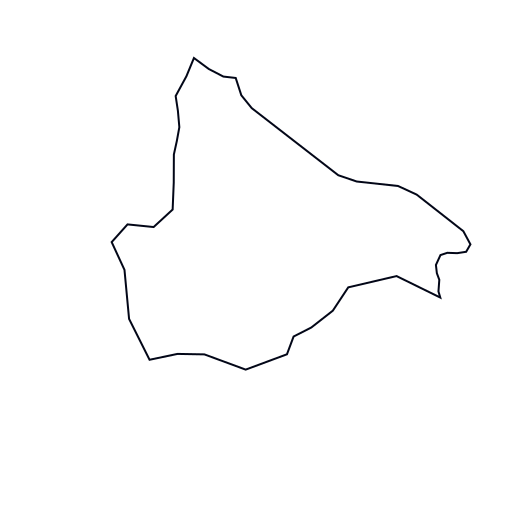 Peravia, Robinson projection, rotated 218°
{"feature_id": "DOM-1977", "entity_name": "Peravia", "entity_type": "Province", "adm_level": 1, "iso_a3": "DOM", "parent_name": "Dominican Republic", "parent_adm1": "", "projection": "robinson", "projection_center": [-70.38, 18.354], "detail": "fine", "context": "isolated", "style": "outline", "palette": "ink", "viewbox_px": 512, "rotation_deg": 218, "n_neighbors": 0, "source": "natural_earth", "source_scale": "10m", "svg_char_len": 700}
<svg xmlns="http://www.w3.org/2000/svg" viewBox="0 0 512 512"><g transform="rotate(218 256 256)"><path d="M426.8,373.8L408.2,374.3L392.2,377.3L381.6,383.8L366.5,373.6L350.4,369.9L240.9,370.3L222.5,376.7L187.2,398.6L167.2,403.3L107.9,403.2L94.2,397.2L93.0,388.7L99.2,382.1L107.2,376.3L111.2,370.3L108.7,359.7L102.9,353.8L96.9,350.1L90.4,340.4L85.2,336.7L132.9,326.7L164.0,288.1L161.8,260.2L168.4,233.7L176.8,215.7L171.1,197.6L194.2,160.1L236.1,146.7L257.6,130.5L276.0,108.7L317.3,128.3L351.1,164.1L378.3,178.1L376.7,201.8L354.5,215.8L350.3,241.3L366.0,263.2L383.2,285.4L389.2,297.9L395.7,310.3L406.9,322.3L417.8,332.6L421.5,354.8L426.8,373.8Z" fill="none" stroke="#020617" stroke-width="2"/></g></svg>